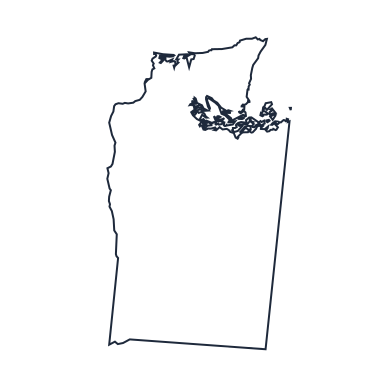 an SVG outline of Washington, rotated 96°
{"feature_id": "USA-3519", "entity_name": "Washington", "entity_type": "State", "adm_level": 1, "iso_a3": "USA", "parent_name": "United States of America", "parent_adm1": "", "projection": "equal_earth", "projection_center": [-122.689, 47.279], "detail": "fine", "context": "isolated", "style": "outline", "palette": "slate", "viewbox_px": 384, "rotation_deg": 96, "n_neighbors": 0, "source": "natural_earth", "source_scale": "10m", "svg_char_len": 6015}
<svg xmlns="http://www.w3.org/2000/svg" viewBox="0 0 384 384"><g transform="rotate(96 192 192)"><path d="M111.5,102.4L340.7,102.4L345.1,238.5L349.4,244.8L351.0,249.9L348.9,253.0L352.5,258.4L265.4,258.6L263.7,260.4L261.7,261.2L241.9,262.4L238.4,265.3L227.3,267.1L219.4,269.7L215.2,272.5L212.7,272.3L209.7,273.7L205.3,273.9L198.7,272.9L197.2,274.3L187.7,277.6L182.0,276.9L177.2,278.6L175.1,275.3L172.4,274.0L160.1,272.9L154.0,273.9L150.9,273.3L143.6,277.5L131.7,281.6L124.9,280.4L120.2,278.6L114.7,278.4L112.7,277.2L111.4,274.4L111.5,270.1L110.4,268.1L110.6,264.8L109.3,259.7L107.5,257.9L105.8,253.6L102.7,251.3L96.8,248.6L89.1,250.5L85.2,247.7L82.7,244.4L76.7,244.7L74.2,244.2L73.0,242.4L70.0,244.1L68.3,243.5L65.6,245.8L63.5,245.2L61.0,242.2L60.0,241.9L58.4,242.8L58.7,244.1L57.3,244.3L58.0,235.2L57.6,224.6L58.0,223.9L59.1,225.2L59.8,228.5L59.9,238.1L62.2,238.5L63.5,235.2L66.7,237.5L67.0,236.5L63.1,233.5L63.1,232.4L64.7,231.0L64.7,229.7L62.3,225.6L64.8,226.7L63.7,223.8L64.2,222.5L65.6,222.0L67.7,221.9L68.2,223.5L70.2,222.7L68.9,222.5L64.7,219.0L64.1,220.1L62.6,220.2L61.6,219.4L61.7,221.5L56.8,219.3L55.5,211.1L56.1,210.4L57.0,211.0L56.7,212.2L57.7,214.0L59.8,214.6L60.0,213.6L59.4,212.6L58.3,213.0L58.7,211.5L68.3,207.9L60.2,206.6L59.6,204.3L56.0,203.5L54.7,204.5L55.1,207.5L56.4,209.3L55.1,208.7L53.4,209.7L53.7,203.6L52.6,195.9L50.9,190.6L49.6,189.9L48.7,187.5L49.8,187.8L47.9,187.1L46.7,177.2L43.9,167.0L41.7,165.1L41.5,163.3L39.1,162.2L38.1,160.4L36.4,160.1L33.9,154.1L33.3,148.4L31.5,144.8L33.4,142.5L32.7,140.9L33.7,140.0L34.6,137.1L32.3,135.1L31.9,133.5L38.1,134.4L45.1,138.4L49.3,140.1L52.0,140.2L59.2,144.4L62.3,145.0L69.7,145.7L73.3,145.1L77.9,146.6L79.2,145.8L81.1,146.7L85.2,146.4L83.2,146.8L84.5,147.5L91.6,147.6L95.5,144.4L97.2,144.1L95.0,145.7L97.0,145.9L99.0,147.5L99.9,149.2L99.7,150.5L101.2,151.6L101.7,151.6L101.6,148.8L104.5,148.7L104.8,150.0L106.1,150.4L107.3,152.1L107.4,153.1L106.6,153.9L107.9,153.3L108.6,151.8L106.5,149.5L106.5,148.1L107.3,147.1L110.8,146.3L111.6,147.5L110.2,148.3L109.9,149.3L116.9,160.0L114.6,160.8L111.6,165.3L110.4,169.6L109.6,170.2L108.4,169.5L109.6,165.2L109.4,161.7L108.7,164.4L108.0,164.9L107.3,162.6L106.9,164.3L108.0,166.8L107.1,167.5L105.1,171.8L100.6,176.2L98.8,180.0L96.6,182.2L94.9,187.1L96.2,187.9L98.4,187.7L105.3,185.1L108.0,183.2L106.8,182.9L99.3,186.6L97.7,186.5L96.9,185.3L100.6,178.4L103.5,174.5L111.1,170.8L112.3,167.0L116.7,161.5L117.9,161.5L118.0,162.8L118.9,163.0L118.8,161.0L117.2,156.4L120.6,158.5L122.1,163.8L121.6,164.6L122.7,165.2L123.0,166.2L122.4,167.3L119.4,167.1L119.1,168.5L117.9,169.6L115.2,167.6L116.5,169.6L118.0,175.3L117.0,175.7L114.4,171.7L113.8,173.2L114.0,174.6L116.1,175.6L114.4,178.2L119.6,175.3L120.4,178.2L121.4,178.6L119.5,185.2L120.2,186.4L118.3,188.2L119.3,190.0L119.0,191.9L114.2,190.0L116.6,185.9L116.4,184.6L115.5,186.1L112.6,188.0L111.5,191.0L112.6,193.6L111.6,194.6L111.9,195.7L110.7,196.7L109.0,192.6L109.0,191.4L109.8,191.1L110.2,189.3L109.4,184.9L107.7,189.2L104.7,191.2L102.9,196.3L98.7,198.1L98.2,198.9L100.6,198.2L100.7,198.9L98.2,200.7L104.3,196.6L102.3,200.4L101.0,201.4L102.9,201.1L104.1,198.9L104.1,201.1L104.8,202.8L105.8,203.3L105.2,201.4L105.7,200.9L105.5,198.9L107.4,197.1L107.1,198.9L108.3,198.6L108.9,197.1L112.7,201.1L115.6,199.1L118.9,194.8L120.3,191.2L120.2,189.2L124.5,191.9L125.8,191.0L124.7,190.2L124.9,189.2L128.7,187.1L128.9,185.3L127.2,182.6L127.0,179.8L125.4,175.7L126.7,174.6L128.0,176.4L128.2,174.5L124.6,171.3L126.6,168.1L125.6,164.1L126.5,162.0L128.2,160.2L129.0,156.6L133.3,154.3L134.2,152.2L133.0,151.6L132.3,152.2L128.2,148.9L127.3,147.3L126.7,142.6L124.0,141.6L123.9,143.1L122.9,144.4L123.4,146.2L126.4,148.3L127.9,150.8L121.3,146.0L120.4,143.4L120.3,140.7L123.9,140.1L125.7,141.4L126.7,139.1L126.3,137.9L122.6,135.0L120.3,134.2L119.0,132.4L119.3,131.1L118.3,130.9L115.8,132.7L114.3,131.3L115.1,130.1L113.5,127.8L116.3,126.9L118.4,129.9L118.9,128.3L121.1,130.2L122.1,130.1L121.9,126.2L119.0,123.3L120.7,123.5L123.0,124.9L124.1,123.6L123.4,121.4L122.0,120.4L121.6,118.2L120.7,117.8L121.7,115.4L121.3,114.6L118.7,113.3L116.1,116.3L115.0,115.8L115.7,114.2L115.3,113.5L113.8,112.3L113.4,112.9L113.5,110.9L110.9,108.5L110.9,107.3L111.8,106.3L111.3,105.3L109.3,105.4L109.6,104.0L112.4,104.1L111.5,102.4ZM126.5,152.8L127.9,156.2L126.3,158.5L125.8,157.8L124.1,158.0L123.8,155.7L122.7,154.3L121.0,155.3L120.1,155.0L118.5,153.3L117.3,150.5L117.4,145.6L116.8,145.1L114.9,145.8L111.9,142.9L111.6,140.7L115.4,133.7L117.8,132.8L118.6,135.1L121.1,136.9L121.0,138.4L119.8,139.0L117.9,137.7L116.6,139.8L116.0,138.7L115.6,140.7L112.7,141.5L113.2,142.1L115.6,142.0L118.5,143.8L120.3,153.3L121.3,151.8L120.8,150.6L121.2,148.9L126.5,152.8ZM100.8,127.8L103.0,130.2L100.4,130.1L98.9,128.8L96.0,128.0L94.4,122.6L96.4,121.6L102.5,126.1L100.8,127.8ZM111.8,119.3L108.8,122.1L105.8,117.5L105.2,119.6L107.1,122.5L106.6,122.9L104.3,123.0L102.4,120.6L101.7,122.7L100.5,121.2L104.9,116.9L107.3,117.0L111.8,119.3ZM124.4,183.5L127.2,185.7L123.0,188.2L122.8,186.8L124.2,185.2L123.3,184.9L123.6,185.3L122.2,186.2L121.9,188.2L120.7,187.6L121.3,181.9L122.9,179.8L123.6,179.6L124.4,183.5ZM107.2,125.7L107.6,129.7L108.8,129.2L109.3,129.9L108.5,132.0L106.0,131.7L106.3,130.8L104.1,129.9L104.1,128.1L106.1,124.5L107.2,125.7ZM121.3,173.0L122.5,175.1L121.8,175.9L118.6,174.3L119.0,172.9L118.5,171.1L119.4,168.5L121.3,169.4L122.2,172.2L121.3,173.0ZM106.8,191.7L107.6,195.6L106.6,197.0L104.6,193.3L105.3,191.2L107.7,190.2L106.8,191.7ZM112.5,148.6L113.3,148.3L114.2,149.8L114.4,153.2L113.6,153.2L112.4,151.4L112.1,149.3L113.0,151.1L113.6,151.0L112.5,148.6ZM113.4,196.2L114.8,197.1L114.6,198.5L113.6,199.3L111.8,197.7L113.4,196.2ZM116.8,119.1L116.8,120.2L115.4,119.3L113.0,116.7L113.0,115.4L116.8,119.1ZM113.0,122.3L114.7,124.2L114.1,125.3L113.1,125.6L112.2,123.1L113.0,122.3ZM61.6,232.4L62.6,234.0L62.7,236.4L61.9,237.0L61.5,235.2L60.6,234.5L60.9,232.7L61.6,232.4ZM84.3,247.7L84.8,247.9L88.4,250.7L84.5,249.2L84.3,247.7ZM98.0,102.4L100.2,102.4L98.1,103.5L98.0,102.4Z" fill="none" stroke="#1e293b" stroke-width="2"/></g></svg>